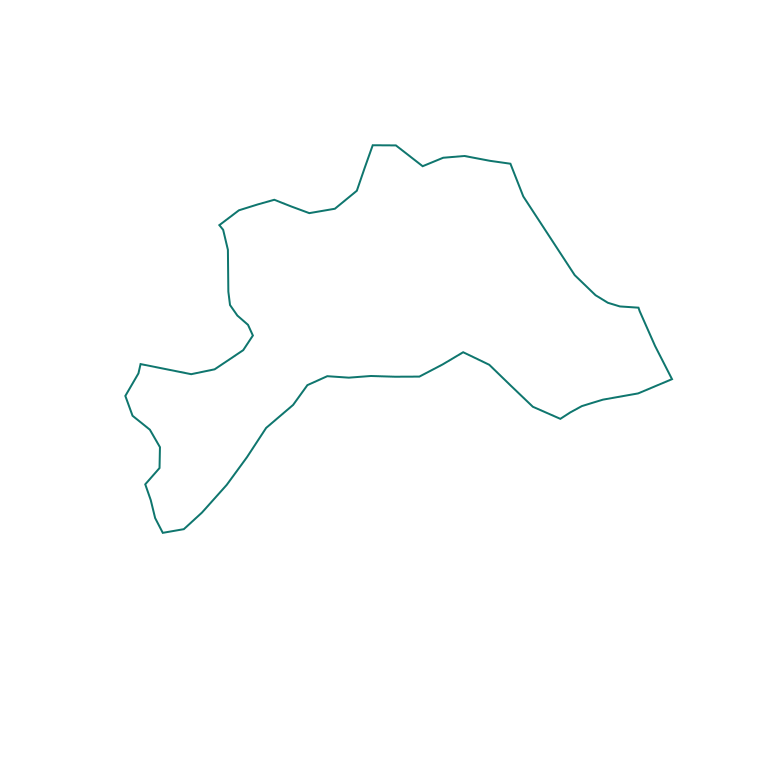 Tovuz, orthographic projection, rotated 37°
{"feature_id": "AZE-1687", "entity_name": "Tovuz", "entity_type": "District", "adm_level": 1, "iso_a3": "AZE", "parent_name": "Azerbaijan", "parent_adm1": "", "projection": "orthographic", "projection_center": [45.732, 40.914], "detail": "fine", "context": "isolated", "style": "outline", "palette": "teal", "viewbox_px": 768, "rotation_deg": 37, "n_neighbors": 0, "source": "natural_earth", "source_scale": "10m", "svg_char_len": 1005}
<svg xmlns="http://www.w3.org/2000/svg" viewBox="0 0 768 768"><g transform="rotate(37 384 384)"><path d="M177.6,514.6L224.1,492.2L239.9,474.2L251.2,441.7L250.1,424.2L239.8,418.6L225.7,417.6L213.5,413.6L204.1,403.9L178.6,370.8L162.8,357.7L156.9,356.2L163.6,332.6L175.0,316.7L185.5,302.9L203.2,298.0L221.5,292.5L239.3,273.6L246.0,246.0L238.6,223.3L231.3,200.1L249.9,186.3L283.8,186.8L295.1,167.7L311.0,153.5L334.3,142.0L352.4,132.0L382.4,150.4L470.8,182.3L499.5,185.8L513.9,184.4L525.7,180.1L541.3,169.9L544.4,172.0L577.6,190.5L611.1,206.8L592.6,238.6L568.3,264.7L561.8,273.6L555.3,282.6L549.9,294.5L545.8,305.7L516.6,312.6L486.1,309.0L456.5,305.3L428.1,311.0L419.0,333.2L407.8,356.8L388.5,371.5L368.7,385.5L352.1,400.1L334.0,411.9L323.5,431.0L324.0,455.4L316.3,490.0L318.6,524.8L319.1,559.2L316.0,596.2L311.5,620.4L296.9,636.0L281.9,628.8L267.6,617.1L253.7,607.8L255.3,586.2L243.1,569.3L224.5,561.4L202.3,560.7L184.6,549.2L181.5,523.3L177.6,514.6Z" fill="none" stroke="#0f766e" stroke-width="2"/></g></svg>